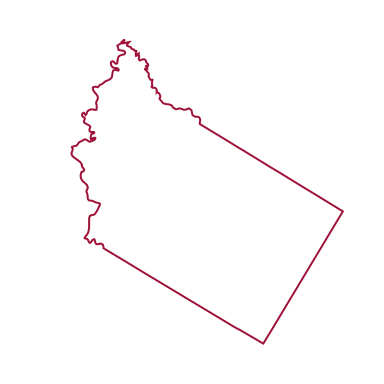 map outline of Indiana (Robinson projection), rotated 121°
{"feature_id": "USA-3547", "entity_name": "Indiana", "entity_type": "State", "adm_level": 1, "iso_a3": "USA", "parent_name": "United States of America", "parent_adm1": "", "projection": "robinson", "projection_center": [-86.788, 39.771], "detail": "fine", "context": "isolated", "style": "outline", "palette": "rose", "viewbox_px": 384, "rotation_deg": 121, "n_neighbors": 0, "source": "natural_earth", "source_scale": "10m", "svg_char_len": 5241}
<svg xmlns="http://www.w3.org/2000/svg" viewBox="0 0 384 384"><g transform="rotate(121 192 192)"><path d="M285.3,57.1L285.3,62.6L285.4,68.2L285.5,74.4L285.6,80.0L285.9,85.2L285.9,90.9L285.9,96.5L285.9,102.2L285.9,107.9L285.9,113.5L285.9,119.2L285.9,124.9L285.9,130.6L285.9,136.2L285.9,141.9L285.9,147.6L285.9,153.2L285.9,158.9L285.9,164.6L285.9,170.3L285.9,175.9L285.9,181.7L285.9,187.4L285.9,193.1L285.9,198.8L285.8,204.5L285.8,210.2L285.8,216.0L285.8,221.7L285.8,227.4L285.8,233.1L285.8,238.8L284.7,239.5L283.0,241.4L283.1,243.6L284.7,245.2L285.6,246.3L285.9,247.5L285.3,248.7L283.3,250.6L282.8,251.3L283.5,252.2L284.4,252.6L286.9,252.8L288.2,253.2L288.1,254.2L287.4,255.5L286.6,256.4L286.2,257.8L287.0,260.1L286.2,260.5L281.5,260.0L279.5,260.3L275.8,261.7L267.4,266.7L265.1,267.2L263.9,266.5L262.0,264.4L260.9,263.9L257.3,263.7L250.6,264.3L249.5,264.9L249.5,266.2L250.0,267.7L250.4,268.7L250.9,273.0L252.2,275.8L251.9,277.1L251.1,278.1L248.0,280.3L247.2,281.2L246.4,282.4L245.5,283.0L243.0,283.3L241.8,283.6L240.1,285.6L238.8,291.8L237.5,294.2L235.5,295.8L234.3,296.4L232.1,297.0L231.5,297.0L231.2,296.4L230.9,296.1L230.2,295.8L229.4,295.7L228.8,295.7L228.0,296.5L226.8,299.4L226.2,300.0L225.2,300.5L224.5,301.8L223.9,303.3L223.7,304.8L223.1,311.5L222.6,313.3L222.2,314.0L221.7,314.5L221.2,315.0L220.5,315.4L217.7,315.9L216.4,316.4L215.8,317.6L215.2,318.1L214.0,317.2L211.8,314.9L210.5,314.6L207.6,314.4L206.4,313.7L205.5,313.0L203.2,311.8L202.2,311.1L201.7,310.1L201.6,309.0L201.8,306.0L201.3,305.2L198.3,302.9L197.2,302.4L196.0,302.3L195.4,302.8L196.1,304.1L197.2,304.8L198.4,305.1L198.9,305.6L197.9,306.7L195.4,307.8L194.1,307.9L193.4,307.7L193.1,307.0L192.8,306.7L192.1,306.4L191.4,306.3L191.1,307.0L191.4,307.7L192.4,308.9L192.7,309.6L192.5,311.1L191.5,312.0L190.2,312.4L188.9,312.5L188.2,313.1L187.9,314.6L188.1,319.3L187.9,320.3L187.2,321.0L184.0,321.7L183.7,322.7L183.7,324.1L183.2,325.5L182.0,326.3L180.6,326.2L179.8,325.6L180.2,324.3L180.9,322.9L179.8,322.6L177.2,323.1L175.2,322.7L173.4,321.3L172.2,319.4L171.7,317.6L170.8,316.3L168.7,317.1L166.4,318.7L165.1,320.0L164.3,320.4L161.0,320.7L159.9,321.1L159.1,321.7L158.4,322.4L157.8,323.6L156.2,328.0L155.2,329.7L153.4,330.8L152.8,330.4L152.3,330.0L151.4,328.9L151.1,328.2L151.0,327.4L150.7,326.7L150.0,326.5L148.9,326.4L148.1,326.2L147.5,325.9L145.5,324.6L141.5,323.1L140.5,322.4L139.4,321.5L138.1,320.7L136.8,320.1L135.5,319.8L133.1,320.4L130.7,321.6L128.4,322.1L126.4,320.2L126.3,319.5L126.3,318.4L126.0,317.8L125.6,317.6L125.1,317.7L124.6,318.2L124.4,319.1L124.7,320.6L125.7,322.7L126.0,324.1L125.4,326.0L123.9,327.6L122.2,328.3L120.8,327.4L120.7,326.4L121.3,324.1L121.2,323.1L120.5,322.5L119.5,322.6L118.6,323.1L118.0,323.6L117.5,323.6L115.2,324.4L114.0,324.6L112.7,324.3L111.7,323.8L110.8,322.9L109.9,321.9L108.8,321.0L107.6,320.8L106.6,321.4L106.1,322.9L106.4,323.8L108.1,328.0L105.4,330.8L105.1,331.3L104.0,331.0L102.0,329.8L101.0,329.4L99.6,329.6L98.3,329.0L97.2,328.9L96.8,328.8L96.6,328.4L96.6,328.1L96.8,328.0L98.5,328.1L99.3,328.0L100.0,327.7L99.6,326.9L96.8,324.3L95.8,323.1L98.4,323.6L99.0,323.6L99.9,323.1L100.1,322.6L99.9,321.9L99.8,321.0L99.4,319.5L99.4,318.7L100.0,318.3L100.3,317.8L100.2,316.8L100.0,315.6L99.8,314.9L100.5,314.1L99.7,312.4L100.4,312.0L101.4,311.9L102.4,311.4L103.4,310.8L104.2,310.1L103.4,309.4L101.5,309.5L100.6,309.1L102.0,308.2L103.2,307.0L103.8,306.6L105.1,306.3L105.6,306.0L106.2,304.7L105.5,303.9L104.4,303.3L103.8,302.7L103.6,302.2L103.2,301.8L102.8,301.2L102.7,300.5L102.9,299.6L103.3,299.1L103.8,298.7L104.3,298.1L104.7,297.0L105.0,295.8L105.6,295.0L106.7,294.7L106.7,295.1L107.3,296.0L107.9,296.3L108.4,295.0L108.8,294.4L109.2,293.9L109.6,293.7L109.9,294.0L110.0,294.7L110.3,295.4L110.8,295.7L111.2,295.3L111.3,294.5L111.4,293.6L111.6,293.0L112.0,292.2L112.5,290.6L113.0,289.9L113.5,289.5L114.6,289.1L115.0,288.9L115.9,287.8L116.8,286.4L117.1,284.9L116.2,284.1L116.2,283.6L118.0,283.0L119.8,282.1L120.3,281.7L120.9,281.0L121.3,280.7L121.9,280.7L122.2,281.0L122.5,281.0L122.9,280.3L122.9,279.4L122.0,278.0L121.8,276.9L122.0,275.8L122.6,275.0L123.4,274.4L124.1,274.0L123.8,274.0L124.0,273.8L124.2,273.6L124.4,273.4L124.6,273.0L124.3,271.6L124.8,270.2L125.7,269.0L126.6,268.2L127.2,268.1L128.0,268.1L128.7,268.0L129.0,267.5L130.8,262.3L130.0,259.6L128.8,256.9L128.2,254.3L128.4,253.4L129.2,252.3L129.4,251.6L129.4,248.7L129.0,247.8L127.3,246.4L126.7,245.6L126.3,244.4L125.8,241.8L125.2,240.5L123.5,238.8L122.6,238.3L122.2,238.0L121.9,237.4L122.1,234.7L125.8,231.2L125.9,228.2L124.6,225.8L124.3,224.6L124.9,223.2L126.0,222.1L129.4,220.6L129.7,220.3L129.7,217.6L129.8,207.4L129.8,197.2L129.9,187.0L130.0,176.9L130.0,166.8L130.1,156.7L130.2,146.6L130.3,136.4L130.3,126.3L130.4,116.2L130.5,106.1L130.6,96.0L130.6,85.9L130.7,75.8L130.8,65.7L130.9,55.6L130.9,52.7L138.7,52.7L144.6,52.7L147.5,52.7L147.9,52.7L148.7,52.7L149.0,52.7L153.4,52.7L157.9,52.7L162.3,52.7L166.7,52.7L171.1,52.7L175.5,52.7L179.9,52.7L184.3,52.7L188.7,52.7L193.1,52.7L197.6,52.7L202.0,52.7L206.4,52.7L210.8,52.7L215.2,52.7L219.6,52.7L224.0,52.7L228.4,52.7L232.9,52.7L237.3,52.7L241.7,52.7L246.1,52.7L250.5,52.7L254.9,52.7L259.3,52.7L263.7,52.7L268.1,52.7L272.6,52.7L277.0,52.8L281.4,52.8L285.2,52.8L285.3,57.1Z" fill="none" stroke="#9f1239" stroke-width="2"/></g></svg>